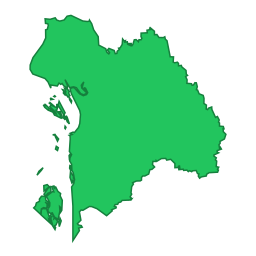 Chandpur, Chittagong, Bangladesh
{"feature_id": "16705992B70711841490613", "entity_name": "Chandpur", "entity_type": "district", "adm_level": 2, "iso_a3": "BGD", "parent_name": "Bangladesh", "parent_adm1": "Chittagong", "projection": "albers", "projection_center": [90.778, 23.244], "detail": "fine", "context": "isolated", "style": "filled", "palette": "green", "viewbox_px": 256, "rotation_deg": 0, "n_neighbors": 0, "source": "geoboundaries", "source_scale": "gbopen_adm2", "svg_char_len": 5660}
<svg xmlns="http://www.w3.org/2000/svg" viewBox="0 0 256 256"><path d="M89.5,20.2L89.3,21.2L87.3,21.5L82.8,21.0L71.0,15.4L67.1,16.2L64.1,20.0L59.8,21.1L56.8,20.1L55.2,17.8L50.2,19.3L45.1,18.8L45.5,23.4L47.8,23.7L48.3,25.4L47.3,29.3L45.6,29.8L45.7,38.0L42.8,44.2L33.0,57.6L30.2,65.0L30.1,69.4L32.8,74.0L45.0,78.5L48.0,81.9L50.8,88.1L50.8,85.0L57.3,86.0L59.0,83.1L60.8,84.4L62.1,83.5L64.0,86.1L67.4,87.9L67.5,85.7L65.0,79.6L69.7,87.6L73.6,86.8L76.4,87.7L80.7,93.6L83.7,94.8L87.0,93.1L81.8,88.1L81.3,85.2L83.8,81.9L82.1,87.5L85.4,89.9L84.9,88.0L85.5,88.2L87.7,92.7L86.5,94.6L83.3,95.7L79.6,93.8L74.2,87.7L71.9,87.7L70.1,89.2L71.5,93.9L79.7,110.5L80.5,114.4L79.8,123.4L78.5,127.5L74.4,132.6L73.1,132.1L70.2,133.3L72.1,134.5L69.2,135.3L70.1,136.0L70.2,139.1L69.4,151.5L71.6,154.6L69.9,158.1L69.7,161.0L71.6,164.2L71.9,170.4L73.2,172.6L74.4,178.8L73.3,178.1L73.7,175.7L72.8,175.6L70.5,171.7L70.0,177.4L71.9,183.1L72.9,182.1L72.6,180.3L74.4,180.1L73.8,183.5L71.6,187.0L72.9,206.0L72.9,240.6L79.4,230.6L78.6,228.1L82.2,227.2L81.3,225.6L78.4,225.0L77.4,223.7L80.9,220.2L79.4,211.8L81.2,210.0L82.9,210.3L89.3,206.5L91.7,206.6L97.0,208.7L106.6,215.7L112.2,210.9L111.6,209.8L116.1,207.9L116.2,207.0L114.3,206.3L115.1,204.6L117.7,204.3L118.5,202.6L120.8,202.0L122.1,200.4L131.0,200.0L131.7,199.0L130.3,199.5L131.4,198.1L130.1,196.9L131.7,194.1L131.0,192.9L131.7,186.6L133.4,184.1L132.6,182.7L136.5,181.0L140.2,180.9L141.5,180.1L141.5,177.5L142.7,176.0L144.8,176.0L148.7,174.0L149.9,169.6L151.9,169.4L154.6,167.0L152.5,164.6L152.9,161.4L156.0,161.5L156.1,160.4L157.1,161.1L161.3,158.6L165.7,158.4L166.7,160.1L170.7,159.3L174.9,163.5L174.9,167.7L178.4,167.5L178.5,166.2L179.5,166.0L179.9,168.5L178.7,168.7L178.9,169.7L183.2,169.2L183.6,170.4L186.9,170.1L188.3,171.6L189.6,170.7L191.7,171.7L192.5,170.8L196.2,170.5L197.5,173.6L198.9,173.9L198.3,176.1L199.6,178.2L201.3,176.9L206.3,176.0L206.7,174.2L209.1,172.7L217.6,172.2L218.4,170.1L217.5,169.4L218.7,167.2L216.2,166.6L216.7,161.1L215.4,159.9L216.3,157.8L214.0,156.2L213.9,155.0L218.6,152.8L217.1,152.1L217.2,150.6L221.4,149.1L220.7,147.9L220.6,148.9L219.6,148.8L219.0,144.6L220.1,143.4L220.0,141.4L224.4,139.0L225.9,134.3L223.3,131.7L223.1,128.8L224.0,128.8L223.3,126.5L219.5,126.1L219.5,123.0L218.5,122.1L219.2,120.0L217.4,116.5L215.5,117.4L211.9,109.5L211.7,107.0L208.4,108.2L207.6,109.6L206.2,109.1L206.4,105.1L203.9,103.5L204.0,98.3L203.2,95.4L199.1,93.8L197.6,90.1L196.4,89.7L197.3,86.7L196.3,82.8L194.9,82.7L193.5,85.0L192.1,85.3L191.5,83.7L186.9,83.3L187.1,79.8L185.6,76.5L187.5,75.4L186.3,74.2L186.0,70.4L181.8,66.9L181.3,65.4L178.5,65.8L178.5,63.4L177.4,62.2L174.7,62.8L173.2,62.1L173.5,56.9L170.2,56.8L167.0,40.7L165.3,39.2L164.8,36.8L163.3,37.6L158.9,37.5L156.9,34.5L154.5,34.7L154.4,31.2L150.1,27.6L149.7,28.2L150.7,29.5L147.0,30.2L147.3,32.8L141.1,33.1L141.0,36.7L141.9,38.3L141.0,39.8L139.0,39.7L138.4,41.7L136.1,39.6L134.3,39.8L132.9,44.4L131.9,45.8L130.7,45.7L128.8,44.8L131.3,44.2L131.2,43.5L127.6,43.6L127.3,41.8L124.9,42.1L125.4,40.6L124.1,40.9L122.6,39.0L122.2,44.4L120.2,47.8L118.6,48.2L119.4,49.4L117.2,51.3L116.9,53.4L115.2,53.7L114.2,50.5L108.9,48.4L107.5,50.0L109.6,52.8L108.8,53.9L106.8,52.3L105.7,48.7L98.7,45.1L98.2,36.6L93.7,29.9L91.7,23.7L89.5,20.2ZM53.9,186.0L51.7,186.6L53.8,191.8L52.5,191.6L46.4,196.3L49.8,202.7L49.7,206.0L49.0,207.4L48.2,207.0L47.9,211.3L50.3,213.4L52.3,212.9L54.5,217.0L58.1,219.4L59.9,211.0L59.6,206.5L61.1,207.9L61.0,211.6L61.8,210.3L62.3,200.3L60.2,195.9L60.6,193.5L57.9,191.4L55.7,187.0L54.6,186.9L54.6,188.3L54.1,187.9L53.9,186.0ZM40.6,214.3L41.4,208.8L43.6,207.6L46.3,208.1L47.0,207.0L47.1,204.0L45.1,201.9L47.3,203.9L47.4,206.5L49.0,204.7L47.8,201.8L45.8,200.0L45.3,196.2L41.5,196.2L39.4,199.1L39.5,201.3L36.4,202.9L35.5,206.1L33.7,207.9L40.6,214.3ZM49.8,222.8L48.7,219.1L49.6,219.8L49.7,218.3L46.6,208.8L42.3,208.6L41.3,210.3L41.1,214.9L49.8,222.8ZM55.0,229.5L55.6,227.5L54.5,225.8L56.0,225.0L57.7,221.2L54.8,218.0L53.9,218.8L54.2,217.6L52.0,213.4L50.1,215.8L51.7,216.8L50.9,217.2L51.2,220.2L52.7,225.0L50.4,220.4L49.9,221.5L55.0,229.5ZM57.8,106.9L56.8,103.9L56.8,107.7L51.0,105.1L49.9,106.6L55.7,112.4L56.2,113.7L55.2,113.0L54.7,113.8L54.7,112.2L50.6,108.9L50.4,110.2L49.3,110.6L52.9,112.2L54.4,114.9L60.3,117.8L60.4,116.0L62.1,118.8L60.1,114.8L56.0,110.2L56.8,110.0L57.8,106.9ZM65.1,112.8L59.1,101.3L58.1,105.3L63.3,113.9L63.9,116.0L62.6,117.1L65.3,119.9L63.8,117.5L65.3,118.6L64.1,114.6L65.1,112.8ZM50.5,192.2L51.0,189.9L50.1,186.7L48.1,188.2L44.0,194.2L45.8,195.8L47.9,193.2L50.5,192.2ZM69.3,91.6L67.6,89.2L64.5,88.2L65.9,91.9L65.0,92.9L67.9,97.0L69.9,95.6L68.6,93.0L69.3,91.6ZM47.2,184.6L43.8,185.6L44.0,191.1L49.3,186.7L47.2,184.6ZM69.4,123.9L67.2,117.3L66.5,116.2L65.4,116.7L67.2,121.7L69.4,123.9ZM49.4,108.4L45.2,104.4L44.4,104.2L45.4,105.0L44.9,106.2L43.3,104.8L44.7,107.3L48.1,110.1L49.4,108.4ZM59.3,226.6L61.2,220.9L60.0,218.2L58.8,222.3L59.3,226.6ZM57.5,150.5L58.3,147.7L56.3,146.3L55.5,149.1L57.5,150.5ZM57.5,141.2L58.6,139.0L56.1,136.0L55.3,136.6L57.5,141.2ZM37.0,175.2L41.4,170.3L43.1,167.7L38.9,171.3L37.0,175.2ZM71.3,102.6L71.7,100.9L69.1,97.2L69.6,99.7L71.3,102.6ZM65.2,95.1L65.8,94.4L63.3,89.9L62.6,89.7L63.7,91.2L63.4,93.1L65.2,95.1ZM60.2,111.6L59.0,111.7L59.3,112.6L62.1,116.2L60.2,111.6ZM69.3,158.1L70.9,155.4L70.1,154.1L69.1,155.5L69.3,158.1ZM70.9,170.9L70.9,165.8L69.9,165.5L69.6,168.2L70.9,170.9ZM52.7,134.8L55.6,135.4L55.0,134.4L52.7,134.8ZM52.9,99.3L50.9,98.2L50.5,98.5L50.7,99.7L52.9,99.3ZM65.3,128.8L66.0,127.3L65.1,126.2L64.8,128.1L65.3,128.8ZM51.4,104.3L49.8,103.0L48.8,102.9L52.0,105.1L53.1,105.2L51.1,103.5L51.4,104.3ZM55.4,96.5L54.7,95.7L53.8,96.4L54.7,96.9L55.4,96.5Z" fill="#22c55e" stroke="#15803d" stroke-width="1.5"/></svg>